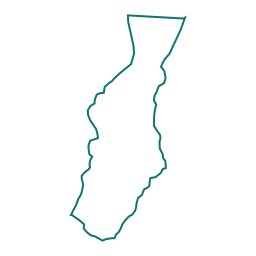 Armenochori, Limassol, Cyprus
{"feature_id": "46923920B15192858361301", "entity_name": "Armenochori", "entity_type": "district", "adm_level": 2, "iso_a3": "CYP", "parent_name": "Cyprus", "parent_adm1": "Limassol", "projection": "orthographic", "projection_center": [33.125, 34.752], "detail": "fine", "context": "isolated", "style": "outline", "palette": "teal", "viewbox_px": 256, "rotation_deg": 0, "n_neighbors": 0, "source": "geoboundaries", "source_scale": "gbopen_adm2", "svg_char_len": 1343}
<svg xmlns="http://www.w3.org/2000/svg" viewBox="0 0 256 256"><path d="M127.9,15.4L128.2,21.9L133.4,45.3L134.1,53.6L131.0,64.1L118.6,74.3L114.0,78.7L111.9,81.2L108.9,83.1L104.7,87.0L103.8,92.8L99.5,93.3L96.7,94.7L94.8,99.6L94.5,103.5L90.4,106.0L87.8,110.3L88.1,115.2L90.1,120.1L96.2,129.2L97.5,134.3L97.9,138.2L93.4,139.6L90.1,140.7L88.4,145.8L88.8,150.7L89.4,154.2L92.2,156.6L90.3,160.0L89.5,164.2L90.0,167.4L88.5,169.5L85.0,172.1L81.7,175.7L81.8,179.4L83.2,184.6L82.2,190.0L81.0,194.4L78.2,199.2L75.9,205.6L72.9,211.0L71.0,215.0L72.0,215.0L74.1,216.6L78.7,219.7L84.2,224.4L83.7,228.4L86.9,232.2L90.6,235.2L95.3,236.5L102.5,240.6L106.4,239.0L111.4,238.3L114.6,238.2L115.9,234.6L119.0,231.7L120.5,229.0L122.4,224.4L124.9,220.7L128.0,217.4L128.8,216.5L132.2,214.6L134.9,211.1L136.2,207.1L136.4,203.9L138.0,198.0L141.9,195.0L143.0,192.0L144.3,189.1L147.3,187.8L149.4,185.8L149.7,181.5L150.3,178.1L155.6,177.1L160.7,173.0L162.6,169.2L165.8,168.1L165.7,165.1L165.2,160.7L163.2,158.2L162.6,154.0L159.8,148.6L159.5,142.0L160.5,137.7L159.9,134.7L157.2,131.0L154.0,125.8L154.0,122.0L154.2,115.1L155.0,109.7L156.2,104.5L153.8,100.4L154.7,95.5L156.3,92.6L157.8,88.6L158.9,86.1L164.1,83.1L165.6,78.0L164.3,71.0L161.0,66.8L162.6,63.2L164.9,59.0L169.4,53.9L180.9,29.2L185.0,17.6L183.4,18.5L127.9,15.4Z" fill="none" stroke="#0f766e" stroke-width="2"/></svg>